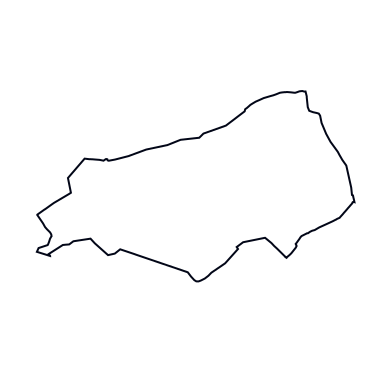 Ar Rahad, North Kordufan, Sudan, rotated 264°
{"feature_id": "16777658B34397203362025", "entity_name": "Ar Rahad", "entity_type": "district", "adm_level": 2, "iso_a3": "SDN", "parent_name": "Sudan", "parent_adm1": "North Kordufan", "projection": "robinson", "projection_center": [30.672, 12.815], "detail": "fine", "context": "isolated", "style": "outline", "palette": "ink", "viewbox_px": 384, "rotation_deg": 264, "n_neighbors": 0, "source": "geoboundaries", "source_scale": "gbopen_adm2", "svg_char_len": 2866}
<svg xmlns="http://www.w3.org/2000/svg" viewBox="0 0 384 384"><g transform="rotate(264 192 192)"><path d="M268.7,253.5L266.7,252.8L264.6,249.3L254.5,232.7L248.9,209.5L245.2,204.9L245.1,186.1L241.2,172.3L241.1,171.1L239.0,150.9L234.7,134.0L234.7,133.9L234.4,133.0L232.3,118.8L231.8,112.5L232.3,111.4L233.4,111.2L233.8,110.0L233.3,108.9L232.4,107.3L233.6,103.5L235.0,96.0L235.4,93.1L236.4,88.7L218.9,70.1L203.9,71.5L203.0,69.8L195.6,53.6L194.6,51.8L194.5,51.6L190.1,43.9L190.1,43.7L185.7,35.9L185.4,35.7L176.3,40.6L172.5,42.2L170.2,43.8L166.6,46.7L164.5,47.6L162.7,47.7L162.4,47.4L160.3,45.9L157.5,44.7L155.0,43.4L154.3,42.9L152.3,33.6L148.7,31.5L145.3,39.4L143.2,44.2L143.3,44.2L145.3,43.0L152.8,58.0L152.8,60.6L152.7,64.4L155.4,68.9L156.2,86.2L151.1,90.0L138.0,101.9L138.8,108.8L142.5,114.6L136.2,128.4L135.6,129.6L112.6,179.4L108.0,182.2L104.1,185.1L102.7,186.9L102.5,188.1L102.4,189.2L103.0,191.5L104.6,195.7L107.0,199.6L109.7,202.8L117.6,217.5L130.5,231.8L132.6,230.7L136.7,237.6L138.8,259.7L138.8,259.9L132.9,265.7L129.7,268.1L127.0,270.5L118.7,277.3L117.8,278.1L117.7,278.0L117.2,278.5L117.3,278.7L116.9,279.0L116.7,279.2L117.1,279.6L117.5,280.0L119.2,282.5L120.7,284.4L125.8,289.4L127.4,290.4L128.3,289.9L127.9,289.6L128.0,289.7L128.3,289.9L128.7,290.1L129.5,289.7L130.6,290.8L134.2,294.0L135.5,295.0L136.7,296.3L138.3,300.5L138.5,301.0L138.8,301.9L138.9,302.0L138.9,302.8L138.9,303.1L140.0,305.0L140.9,307.4L141.3,309.9L141.3,310.0L143.5,314.9L144.6,318.2L146.2,323.0L148.2,328.9L149.5,332.2L149.5,332.4L150.1,333.5L150.9,336.1L151.3,336.5L151.7,336.9L154.2,339.7L154.8,340.3L155.5,341.0L156.2,341.8L157.0,342.7L157.5,343.2L158.6,344.4L158.8,344.6L159.4,345.2L159.6,345.4L160.3,346.2L161.7,347.7L162.5,348.5L162.7,348.8L162.9,349.0L164.1,350.3L164.6,350.4L164.8,350.6L165.0,350.7L165.2,351.0L165.2,351.3L165.1,351.6L165.1,351.8L165.1,352.3L165.0,352.5L166.9,352.3L168.6,352.1L169.9,351.9L170.0,351.9L170.4,351.9L170.9,351.8L171.3,351.8L171.6,351.7L171.8,351.7L172.1,351.0L172.2,350.9L172.3,350.8L179.7,350.8L200.6,348.4L202.2,348.2L208.3,344.8L211.7,343.3L213.0,342.7L216.7,341.2L223.1,337.5L227.4,335.0L235.8,331.5L243.5,329.2L247.1,328.1L254.5,327.4L256.7,326.3L257.0,325.6L257.1,325.4L257.6,324.1L258.7,320.8L259.7,318.7L260.5,317.1L261.1,316.9L264.3,316.0L265.9,316.0L273.4,316.0L273.9,316.0L275.2,316.1L279.5,315.5L280.1,315.4L280.1,314.3L280.6,313.0L280.8,312.6L280.9,312.2L280.9,311.0L280.9,310.5L280.9,309.7L280.9,309.4L280.8,309.0L280.3,307.0L279.9,305.1L280.0,304.2L280.2,303.3L280.5,302.0L280.6,301.6L280.8,300.6L280.9,300.1L281.5,296.9L281.5,295.1L281.6,294.7L281.6,291.7L281.5,290.0L281.5,289.8L281.0,288.1L280.4,286.0L280.1,284.8L279.8,283.5L279.7,283.2L279.2,280.1L277.9,273.1L276.3,268.3L275.2,264.8L274.0,262.2L273.1,260.3L272.5,259.1L271.3,257.5L269.7,255.2L269.1,254.1L268.7,253.5Z" fill="none" stroke="#020617" stroke-width="2"/></g></svg>